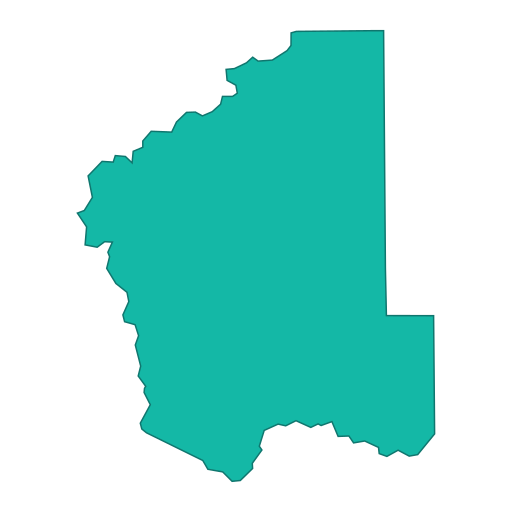 the district of Jefferson, Montana, United States of America
{"feature_id": "52423323B8727370524595", "entity_name": "Jefferson", "entity_type": "district", "adm_level": 2, "iso_a3": "USA", "parent_name": "United States of America", "parent_adm1": "Montana", "projection": "albers", "projection_center": [-112.213, 46.159], "detail": "fine", "context": "isolated", "style": "filled", "palette": "teal", "viewbox_px": 512, "rotation_deg": 0, "n_neighbors": 0, "source": "geoboundaries", "source_scale": "gbopen_adm2", "svg_char_len": 1259}
<svg xmlns="http://www.w3.org/2000/svg" viewBox="0 0 512 512"><path d="M383.6,30.7L372.4,30.7L296.3,31.4L291.1,32.9L291.0,45.5L287.1,50.6L272.3,60.1L258.1,61.1L252.7,57.2L246.5,62.8L234.4,68.6L226.1,69.4L227.1,80.4L235.9,85.2L237.3,93.2L232.6,96.4L222.5,96.4L220.6,104.2L212.2,111.7L202.4,115.9L195.4,112.1L186.5,112.4L176.5,122.0L171.7,132.1L151.2,131.3L142.8,141.0L142.8,147.3L133.2,151.3L132.1,162.9L125.4,156.5L115.3,155.6L113.2,162.1L102.1,161.4L88.1,175.9L92.4,197.4L84.3,210.5L77.4,213.1L86.6,226.9L85.1,244.9L97.2,247.2L104.6,241.7L112.4,242.1L107.9,252.2L109.6,256.7L106.7,268.4L115.9,283.5L127.0,292.3L128.8,301.6L122.9,314.9L124.6,321.7L129.6,323.1L135.1,324.7L138.6,335.7L135.3,345.0L140.7,366.1L138.2,376.0L145.7,386.3L144.5,388.3L144.1,392.5L150.3,404.7L140.3,423.2L141.8,429.0L146.5,432.8L202.8,460.5L207.9,469.3L222.7,471.9L232.1,481.3L240.3,480.5L252.6,468.5L252.3,463.3L261.9,450.0L259.3,446.2L264.2,430.4L278.1,424.1L285.7,425.8L296.0,420.7L310.8,427.4L318.1,423.9L321.1,425.5L331.9,421.6L338.1,436.4L348.9,436.0L353.6,442.9L364.7,441.0L378.5,447.4L379.2,453.6L386.9,456.4L398.1,450.2L409.2,456.1L417.7,454.6L434.6,433.9L434.2,386.6L433.6,315.7L386.4,315.6L385.4,268.2L383.6,30.7Z" fill="#14b8a6" stroke="#0f766e" stroke-width="1.5"/></svg>